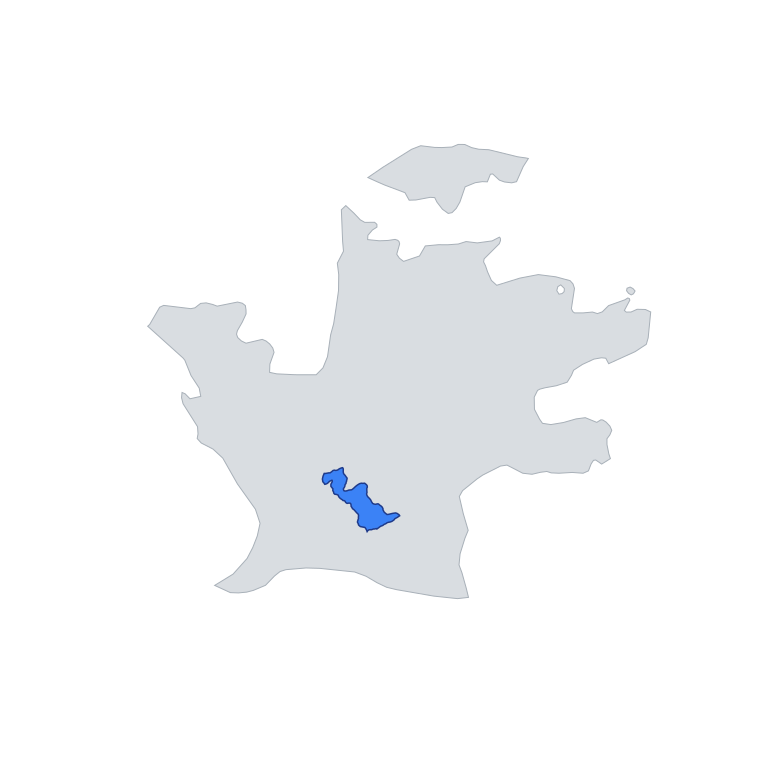 Shamakhi District, Şamaxı, Azerbaijan shown in context, rotated 134°
{"feature_id": "54616110B16651088424667", "entity_name": "Shamakhi District", "entity_type": "district", "adm_level": 2, "iso_a3": "AZE", "parent_name": "Azerbaijan", "parent_adm1": "Şamaxı", "projection": "equal_earth", "projection_center": [48.652, 40.629], "detail": "fine", "context": "in_parent", "style": "filled", "palette": "blue", "viewbox_px": 768, "rotation_deg": 134, "n_neighbors": 0, "source": "geoboundaries", "source_scale": "gbopen_adm2", "svg_char_len": 5984}
<svg xmlns="http://www.w3.org/2000/svg" viewBox="0 0 768 768"><g transform="rotate(134 384 384)"><path d="M506.6,594.1L504.0,593.9L484.6,598.7L480.5,597.1L464.0,575.3L460.5,572.9L453.4,571.9L449.2,568.3L445.8,562.5L443.9,558.1L426.8,546.3L424.3,542.0L423.9,538.2L426.5,534.8L429.4,531.9L437.7,529.0L447.5,526.5L450.6,524.7L452.2,521.5L452.1,516.5L450.5,511.6L436.5,502.6L435.0,498.7L434.6,494.0L435.4,489.0L437.6,485.1L449.0,479.9L455.1,474.4L451.3,468.3L439.1,454.4L424.5,439.2L414.8,439.1L403.6,443.6L385.6,456.6L375.6,462.1L362.6,471.3L348.4,481.6L336.8,492.5L329.5,501.5L316.6,505.4L310.0,513.0L288.3,535.7L282.2,535.4L282.0,524.2L282.4,515.2L281.1,510.1L274.2,503.1L274.1,500.0L276.0,498.1L281.3,499.3L288.2,498.9L291.5,496.1L284.2,486.8L277.8,480.7L272.3,476.5L271.1,474.0L271.1,472.2L272.3,470.1L281.8,465.0L282.8,460.3L282.2,455.1L267.3,447.4L256.0,450.2L246.0,441.6L239.6,434.9L231.7,427.8L224.5,423.9L217.7,414.9L205.9,405.6L198.2,403.0L198.3,401.6L199.8,399.9L203.0,398.5L224.4,398.9L227.0,397.2L228.4,393.2L231.4,387.4L234.9,378.7L234.7,371.5L213.4,359.8L198.1,349.0L187.5,334.8L180.4,321.9L180.7,317.6L182.9,313.4L199.7,301.5L200.8,298.5L200.5,296.3L194.7,290.3L187.4,284.0L185.1,279.4L180.5,277.1L171.6,276.9L156.1,269.2L152.8,268.4L152.1,266.9L152.9,265.4L164.1,262.2L164.0,259.7L160.6,256.3L154.4,253.8L148.8,247.7L146.9,242.2L167.2,226.1L173.2,222.9L186.2,225.8L213.3,236.5L211.4,242.4L214.1,245.8L220.3,250.3L232.2,254.9L242.4,257.2L247.5,255.2L255.4,253.5L265.5,258.8L274.8,265.5L279.4,268.3L281.9,269.1L289.1,266.8L297.7,258.2L301.2,247.7L302.2,242.7L297.3,235.8L287.1,228.2L275.7,221.6L268.4,215.8L263.8,204.3L259.1,203.1L257.9,201.6L257.1,197.7L257.4,192.2L259.1,188.0L263.7,186.2L268.5,185.6L272.7,181.5L278.1,173.7L280.4,169.3L290.4,171.8L291.6,178.9L293.4,180.3L297.6,179.5L304.5,176.6L309.9,178.8L316.9,187.2L326.6,196.1L331.8,202.0L333.8,206.1L338.8,210.1L346.1,214.8L351.8,222.2L356.9,239.2L362.1,243.2L380.9,249.7L387.6,251.1L406.1,253.4L412.6,251.7L422.2,236.9L430.8,221.8L438.8,218.6L453.3,211.3L462.0,204.4L465.6,196.9L473.8,182.9L478.8,175.0L487.3,182.0L502.1,201.0L523.2,232.1L528.4,240.9L531.8,251.1L534.8,263.5L539.6,274.5L561.2,302.1L570.5,312.3L585.7,325.6L591.1,328.5L598.2,329.4L611.1,329.4L623.2,334.6L629.1,338.2L635.3,343.5L640.8,349.6L646.5,365.9L625.6,360.5L604.6,361.3L592.8,364.8L581.3,369.6L570.3,376.4L563.4,389.5L557.7,420.0L549.3,448.5L549.6,461.8L553.4,474.5L553.0,480.5L549.1,483.1L544.2,488.5L537.8,514.8L534.5,520.1L530.4,523.4L529.2,520.3L529.4,513.3L520.2,507.2L515.3,514.1L512.0,528.6L505.2,543.9L504.9,546.8L506.6,594.1ZM196.8,324.6L197.8,320.5L195.2,318.7L192.4,318.6L190.0,320.6L189.9,325.7L193.2,326.6L196.8,324.6ZM126.0,443.3L122.9,439.1L121.5,436.8L130.9,434.9L146.4,429.2L150.6,431.9L155.0,437.7L157.2,442.6L157.4,451.7L159.2,453.2L166.8,450.1L170.1,453.8L175.8,458.2L185.8,462.6L200.4,455.8L207.6,454.0L213.5,454.1L216.7,456.3L217.7,463.4L216.4,472.2L214.7,477.0L217.7,480.5L229.5,488.9L234.3,493.6L231.8,501.8L240.4,521.7L243.3,529.5L246.7,539.0L228.6,535.3L196.0,527.2L187.1,523.1L178.7,512.0L173.7,506.6L166.3,499.7L160.2,497.1L155.6,492.3L153.1,485.2L149.3,478.9L142.7,471.4L127.9,446.0L126.0,443.3ZM148.4,274.3L146.3,275.7L143.3,274.3L142.4,271.2L142.7,268.0L145.8,267.2L148.2,268.1L148.9,271.1L148.4,274.3Z" fill="#d9dde1" stroke="#a8b0b8" stroke-width="1"/><path d="M493.3,288.4L491.0,288.0L488.6,287.6L487.7,287.1L486.5,286.6L484.8,286.4L483.6,285.8L482.9,285.6L481.6,285.4L480.5,284.8L480.2,284.6L479.0,283.7L477.4,282.9L476.4,282.7L475.0,282.4L473.4,282.6L472.0,282.2L470.5,281.7L469.2,281.5L467.9,281.2L467.6,282.4L468.0,284.7L468.7,286.1L471.3,288.1L474.5,290.1L475.8,291.2L476.0,293.7L476.0,295.1L475.7,295.9L475.4,296.7L475.2,297.4L474.5,298.0L474.2,298.6L473.8,299.9L473.8,300.7L473.8,301.5L474.1,303.0L474.1,304.6L474.9,305.6L476.3,306.4L477.3,307.8L477.8,309.2L477.4,311.0L477.0,312.1L476.6,313.2L476.4,314.9L476.4,315.9L476.4,317.0L476.1,318.5L475.7,319.4L475.0,320.3L473.7,321.0L473.1,321.8L471.9,323.0L471.4,323.6L470.5,324.1L469.7,324.4L468.9,325.4L468.6,326.6L468.7,327.8L468.8,329.0L469.7,329.8L470.2,330.2L471.1,331.4L472.6,332.3L474.0,332.7L475.3,333.0L477.4,333.3L479.8,333.4L481.9,333.6L482.9,334.0L484.0,335.0L484.9,335.7L486.2,336.3L487.2,336.9L488.1,337.7L488.6,338.8L488.0,340.0L487.4,340.5L486.0,340.7L485.0,341.0L484.0,341.7L483.2,342.2L482.1,342.2L481.0,343.0L480.1,343.3L479.5,343.8L478.7,344.2L477.6,344.9L477.2,345.6L477.1,346.8L476.7,348.6L476.7,349.3L476.6,350.4L476.3,351.2L475.6,352.2L475.0,352.8L473.9,353.8L473.4,354.3L473.0,355.1L473.0,355.7L473.3,355.9L474.1,356.4L475.4,357.0L477.1,357.5L477.9,357.5L479.1,358.2L479.9,358.9L480.5,359.9L481.7,360.6L483.4,360.7L485.4,361.1L486.3,362.0L487.4,362.8L488.7,363.7L489.9,364.9L491.4,364.3L492.0,364.1L493.2,363.5L494.3,362.8L495.2,362.3L495.7,361.5L496.5,360.6L496.9,359.6L496.9,359.0L496.9,358.5L497.3,357.0L496.7,356.7L496.6,356.4L495.6,356.0L494.8,355.7L493.6,355.6L492.1,355.6L491.0,355.3L490.2,355.0L489.4,354.6L489.5,354.1L489.8,353.7L490.4,353.3L491.1,353.1L492.1,352.8L492.9,352.6L493.5,352.1L493.9,351.7L494.6,350.9L494.6,350.1L494.8,348.9L494.9,347.9L495.7,347.3L496.3,346.7L496.5,345.9L496.7,345.2L496.9,345.0L497.3,344.5L497.5,344.0L497.5,342.9L497.0,342.2L496.3,341.2L495.8,339.6L496.4,338.6L496.6,337.8L496.7,336.6L496.6,335.4L496.5,334.5L496.2,333.5L496.3,332.5L495.5,331.5L495.4,330.3L495.8,329.5L495.7,328.3L495.5,327.6L494.5,326.9L493.3,325.7L493.3,324.6L493.8,323.8L494.9,322.6L495.1,321.4L495.6,319.9L495.4,319.3L495.3,318.1L495.4,317.1L495.4,316.2L495.6,314.6L495.6,313.0L495.6,311.9L496.1,311.3L496.4,310.8L497.0,310.4L497.5,310.0L498.1,309.4L498.5,308.9L499.2,308.6L499.9,308.3L500.4,307.9L501.1,307.7L501.9,307.0L502.1,306.5L502.3,305.6L502.8,304.8L503.0,304.6L503.1,303.7L503.0,302.0L501.7,300.0L500.5,298.2L500.6,297.0L501.2,295.1L501.9,293.6L500.4,293.8L499.1,293.4L498.1,292.4L497.4,291.7L495.7,290.9L494.8,290.0L493.4,289.2L493.3,288.4Z" fill="#3b82f6" stroke="#1e3a8a" stroke-width="1.5"/></g></svg>